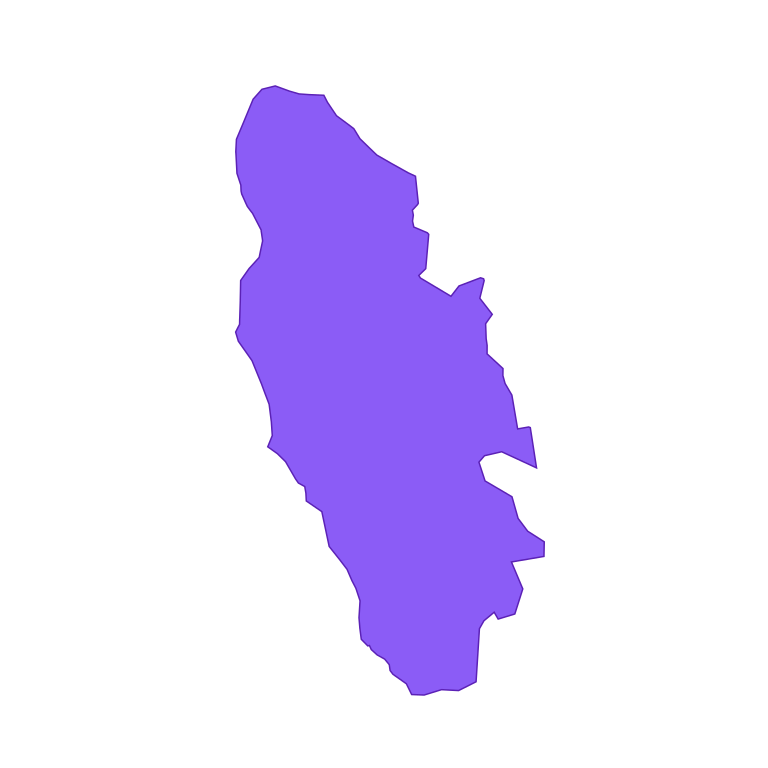 Agaie, Niger, Nigeria, rotated 166°
{"feature_id": "59680162B6425058524044", "entity_name": "Agaie", "entity_type": "district", "adm_level": 2, "iso_a3": "NGA", "parent_name": "Nigeria", "parent_adm1": "Niger", "projection": "natural_earth1", "projection_center": [6.472, 8.942], "detail": "fine", "context": "isolated", "style": "filled", "palette": "violet", "viewbox_px": 768, "rotation_deg": 166, "n_neighbors": 0, "source": "geoboundaries", "source_scale": "gbopen_adm2", "svg_char_len": 2577}
<svg xmlns="http://www.w3.org/2000/svg" viewBox="0 0 768 768"><g transform="rotate(166 384 384)"><path d="M372.5,678.7L372.8,678.8L386.7,682.9L387.0,683.0L387.3,683.1L395.6,685.8L395.9,685.9L396.2,686.0L404.8,691.0L417.1,699.3L417.4,699.5L417.7,699.5L420.4,699.5L424.2,699.5L424.8,699.5L428.3,699.5L430.8,699.5L431.1,699.5L431.4,699.3L441.8,692.2L442.1,692.0L442.3,691.7L457.1,671.7L467.8,657.4L468.0,657.1L468.1,656.8L471.6,645.2L471.7,644.9L471.7,644.5L475.6,624.5L475.7,624.2L475.7,623.8L474.8,611.6L476.0,605.8L476.1,602.9L476.1,602.5L476.0,602.2L474.3,592.6L473.7,589.7L473.7,589.4L473.5,589.0L471.9,585.1L470.6,582.1L470.4,581.8L470.3,581.5L466.1,563.8L466.0,563.5L466.0,563.1L466.0,562.9L466.2,561.8L466.3,560.5L466.9,554.4L467.0,553.6L467.1,552.9L467.1,552.7L467.2,552.2L467.3,551.9L471.3,543.7L471.6,543.1L474.3,537.4L474.5,537.1L474.7,536.9L483.3,531.1L486.8,528.8L487.0,528.6L487.3,528.4L497.7,519.4L498.0,519.2L498.1,518.9L501.0,508.1L503.1,500.4L503.2,499.9L508.0,482.9L508.3,482.0L509.6,477.2L509.7,476.8L509.9,476.6L512.2,474.0L515.2,470.5L515.4,470.3L515.4,469.9L515.0,461.2L515.0,460.8L514.9,460.5L509.4,446.3L507.4,441.1L506.7,439.3L506.6,439.0L506.5,438.7L506.4,438.4L502.9,414.1L502.8,413.8L502.8,413.3L501.6,402.5L501.5,401.8L500.4,392.5L500.4,392.1L500.4,391.7L502.4,375.1L502.4,374.7L502.5,374.3L504.8,361.4L504.8,361.0L505.0,360.8L511.7,351.6L512.0,351.2L504.3,342.2L498.3,332.4L492.8,313.3L491.0,308.6L486.9,304.8L485.7,303.7L486.2,296.9L487.7,289.3L475.2,275.2L476.5,239.6L469.6,224.5L465.8,215.7L464.7,213.2L462.7,201.0L460.7,192.6L459.7,179.4L464.8,163.3L466.5,152.9L467.8,141.8L467.7,141.6L466.1,138.9L463.1,133.8L462.4,133.8L461.4,133.8L460.6,129.4L456.2,122.8L449.9,116.9L446.8,110.4L447.4,104.5L445.5,100.1L434.8,87.7L432.3,76.0L420.3,72.5L402.1,73.5L385.8,68.5L366.7,72.8L350.6,123.5L344.3,130.1L332.3,135.9L330.1,128.3L312.7,129.2L298.9,151.6L303.4,180.5L270.5,178.0L266.7,192.1L280.2,206.4L286.4,221.1L287.1,243.6L309.4,265.5L310.8,285.2L304.4,289.7L303.8,290.1L286.2,289.8L256.3,265.7L253.7,294.0L252.6,306.3L254.0,307.3L265.2,308.1L262.6,342.3L266.4,355.2L266.6,363.4L264.8,370.2L276.7,388.3L274.6,396.5L273.9,403.3L270.8,417.9L262.1,425.4L270.3,444.0L261.8,460.1L261.9,462.0L264.6,463.7L287.5,461.0L297.8,452.9L323.0,478.0L324.0,480.9L315.6,485.8L304.4,518.4L305.4,520.3L317.1,529.1L316.9,535.2L314.7,540.7L314.4,545.8L308.0,550.0L307.0,551.1L303.2,578.0L309.5,583.1L324.0,596.7L335.6,607.9L341.5,617.3L348.0,627.8L351.5,639.0L354.6,642.9L365.2,655.8L370.7,671.0L372.5,678.7Z" fill="#8b5cf6" stroke="#5b21b6" stroke-width="1.5"/></g></svg>